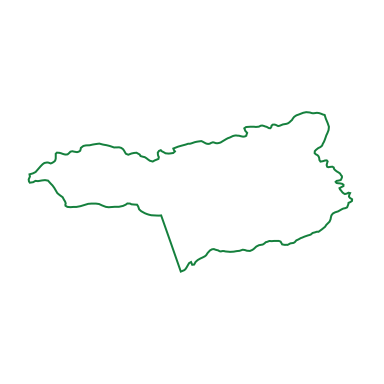 the district of São Domingos do Capim, Pará, Brazil, rotated 71°
{"feature_id": "56859067B64109293374612", "entity_name": "São Domingos do Capim", "entity_type": "district", "adm_level": 2, "iso_a3": "BRA", "parent_name": "Brazil", "parent_adm1": "Pará", "projection": "equal_earth", "projection_center": [-47.789, -1.928], "detail": "fine", "context": "isolated", "style": "outline", "palette": "green", "viewbox_px": 384, "rotation_deg": 71, "n_neighbors": 0, "source": "geoboundaries", "source_scale": "gbopen_adm2", "svg_char_len": 4611}
<svg xmlns="http://www.w3.org/2000/svg" viewBox="0 0 384 384"><g transform="rotate(71 192 192)"><path d="M263.6,228.5L263.5,226.5L263.4,224.8L262.8,223.3L261.9,222.1L261.0,221.0L260.0,219.9L258.3,217.9L257.9,215.7L259.5,215.6L260.9,215.5L261.3,213.6L259.3,211.4L258.2,208.8L257.6,205.7L257.4,203.6L257.0,200.8L256.4,199.2L254.7,197.0L253.1,194.0L252.7,191.7L253.1,189.9L254.2,188.6L255.8,186.2L256.9,185.3L257.6,184.1L257.7,182.6L258.2,181.1L259.0,179.9L259.6,178.6L260.3,177.0L261.0,175.5L262.0,171.9L262.4,169.2L263.1,166.2L263.1,162.8L264.1,160.9L265.4,159.2L266.6,156.4L266.4,153.8L266.0,152.3L264.5,148.9L264.1,146.0L264.7,142.2L264.2,140.2L263.5,138.7L263.6,137.0L263.5,134.8L264.4,132.7L265.0,130.3L265.8,128.0L266.5,125.9L267.7,124.4L270.9,123.8L272.2,121.5L272.6,120.1L273.1,118.8L272.9,117.3L272.6,115.8L273.2,112.5L272.8,111.0L271.7,109.1L271.5,106.8L271.0,104.2L271.0,102.7L270.8,100.2L270.8,98.4L270.8,96.6L270.9,95.1L270.9,93.6L270.0,91.3L270.2,88.8L270.2,87.0L270.8,85.3L269.6,81.3L268.2,77.5L266.8,75.7L264.8,71.6L262.8,69.8L261.5,69.1L259.5,67.8L258.2,65.8L257.8,63.3L257.9,60.2L257.1,56.1L256.9,54.4L257.2,52.1L257.0,50.3L254.5,48.2L253.2,47.5L253.1,45.6L252.5,43.6L251.0,43.0L249.0,44.6L247.5,45.1L245.8,44.2L244.5,42.9L243.6,44.3L243.9,46.0L243.7,48.1L242.6,49.1L241.5,49.8L240.1,50.3L238.8,50.7L237.8,51.2L236.4,51.3L236.0,49.1L235.7,46.9L234.5,46.4L233.2,47.3L232.0,49.3L231.3,51.0L230.5,52.4L229.2,52.9L228.6,51.6L228.9,49.8L229.1,47.5L228.1,46.4L226.9,45.4L225.8,45.1L224.6,45.6L222.7,46.0L221.2,47.1L219.7,48.4L218.3,49.3L217.2,49.9L216.1,50.2L215.0,50.0L213.8,51.0L213.3,53.0L212.9,55.1L212.1,56.0L210.3,55.9L208.6,54.8L207.2,53.8L206.0,54.3L205.5,55.9L205.5,58.0L205.1,60.6L203.3,61.1L201.4,60.7L199.6,60.7L198.1,61.3L196.6,62.7L195.2,63.4L193.4,62.6L192.6,61.2L191.6,58.4L191.3,55.9L190.5,53.9L189.0,52.6L187.5,50.9L185.8,49.4L183.9,47.9L182.1,46.5L180.5,44.9L177.9,42.7L174.9,41.3L170.7,41.3L166.4,41.6L162.3,41.5L161.6,42.7L160.1,44.4L158.8,46.1L157.8,48.1L157.4,50.2L157.0,51.9L156.3,53.2L155.2,54.7L153.7,58.0L153.3,61.1L153.4,63.7L153.5,66.1L153.5,68.3L154.2,70.9L155.4,72.8L156.4,73.9L157.2,75.8L157.8,77.1L158.3,78.9L158.3,80.4L157.7,84.1L157.9,87.5L157.7,89.1L155.7,91.1L155.0,92.3L154.6,93.8L155.2,95.2L156.2,95.7L157.2,97.1L156.7,98.4L155.6,99.4L154.7,100.2L153.9,101.4L152.9,102.6L152.0,104.0L151.7,105.5L152.0,107.5L151.3,110.4L150.4,112.3L149.2,115.9L148.6,118.1L148.2,119.7L148.8,121.8L151.5,121.7L152.9,121.1L154.1,120.6L155.4,121.7L156.5,122.4L156.7,124.0L156.3,125.7L155.2,127.6L154.1,129.2L153.6,130.5L152.8,132.1L152.5,133.7L152.4,135.2L152.8,138.6L152.8,140.5L153.1,142.4L154.1,147.1L154.5,148.9L154.4,150.8L154.1,152.4L153.4,153.8L152.5,154.9L151.8,156.0L151.8,158.0L152.1,159.5L151.8,161.1L150.9,162.7L149.9,163.7L148.7,164.8L147.8,165.6L146.9,166.6L146.3,169.6L146.0,171.3L145.8,173.2L145.8,176.7L145.7,178.2L145.1,180.0L145.1,182.5L144.8,186.7L144.6,190.3L144.8,195.5L146.1,195.5L148.1,194.9L149.0,197.1L148.5,199.8L148.1,201.5L146.8,204.4L145.2,205.8L143.4,207.5L142.3,207.9L142.4,209.8L143.6,211.5L145.3,212.0L146.6,212.2L148.2,212.0L149.8,213.0L150.0,217.0L150.4,219.2L148.7,221.7L146.9,223.0L145.2,224.1L143.6,225.4L142.9,226.6L141.3,228.9L139.5,229.3L136.8,231.7L136.2,234.2L135.9,236.7L136.0,240.1L134.4,242.0L133.3,242.3L131.1,242.7L129.2,243.2L127.3,244.5L126.0,246.4L125.4,248.4L124.5,251.2L121.7,254.8L119.9,257.6L118.7,259.8L118.0,261.0L117.2,262.2L116.1,263.8L115.7,265.6L115.2,268.2L114.8,270.6L114.5,273.5L113.9,275.5L113.4,277.1L113.1,279.7L114.1,282.7L115.5,283.5L116.6,284.3L117.0,286.0L116.9,287.7L115.5,290.3L114.5,291.9L114.3,293.8L115.3,295.8L115.9,297.4L115.5,299.2L114.8,300.5L113.8,301.9L112.8,303.1L111.8,304.6L110.8,306.9L111.5,308.4L113.6,309.1L116.1,310.0L117.8,311.2L118.4,312.5L118.9,314.5L119.0,316.3L117.6,318.0L116.9,319.4L116.5,322.1L117.1,324.2L118.4,326.8L122.2,333.4L122.6,336.3L122.4,339.9L124.6,340.2L126.9,342.3L128.9,342.7L130.4,342.3L131.0,339.0L130.5,336.4L131.6,334.1L132.2,330.2L132.9,327.1L134.4,324.4L138.0,322.9L140.3,321.8L143.2,320.9L149.2,319.7L151.7,318.2L153.7,316.8L154.8,316.0L157.5,315.6L159.7,315.1L161.6,315.1L162.6,315.8L163.8,316.1L165.5,314.7L166.8,311.8L167.5,309.0L168.5,306.1L169.1,302.0L169.4,294.0L170.3,290.6L171.6,286.8L173.1,283.8L175.5,281.3L178.0,278.3L179.3,275.7L180.8,270.0L182.2,265.9L182.7,261.8L182.4,258.8L181.8,256.9L182.8,254.3L183.9,253.3L185.4,249.9L186.1,248.1L188.1,247.6L191.2,247.6L193.6,246.3L196.7,243.5L198.0,242.0L199.3,240.3L200.7,238.1L202.3,234.2L203.6,230.9L204.1,228.8L234.1,228.6L235.3,228.6L263.6,228.5Z" fill="none" stroke="#15803d" stroke-width="2"/></g></svg>